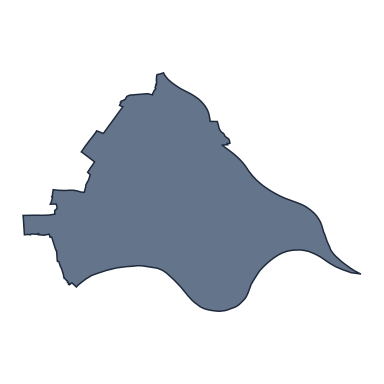 outline of Lingewaard, Gelderland, Netherlands
{"feature_id": "6326949B2884966550009", "entity_name": "Lingewaard", "entity_type": "district", "adm_level": 2, "iso_a3": "NLD", "parent_name": "Netherlands", "parent_adm1": "Gelderland", "projection": "equal_earth", "projection_center": [5.93, 51.907], "detail": "fine", "context": "isolated", "style": "filled", "palette": "slate", "viewbox_px": 384, "rotation_deg": 0, "n_neighbors": 0, "source": "geoboundaries", "source_scale": "gbopen_adm2", "svg_char_len": 5592}
<svg xmlns="http://www.w3.org/2000/svg" viewBox="0 0 384 384"><path d="M96.3,131.4L96.5,131.5L92.8,136.3L90.8,138.9L88.7,141.5L87.7,143.0L85.2,146.2L81.3,151.9L81.7,152.1L85.1,154.6L94.6,161.9L92.5,165.0L90.1,168.4L89.3,169.7L87.6,172.3L90.3,174.8L90.0,175.5L89.8,176.1L89.4,177.2L88.7,179.6L87.1,182.5L85.8,185.0L85.7,185.6L85.8,186.6L84.9,189.7L84.9,190.1L84.3,192.3L80.6,192.0L80.3,191.9L78.9,191.4L77.4,191.0L76.2,190.7L75.6,190.7L74.6,190.4L73.5,190.3L72.4,190.3L69.6,190.2L69.0,190.2L68.0,190.4L66.2,190.4L65.1,190.5L62.0,190.4L60.3,190.3L59.2,190.4L57.0,190.1L53.2,189.7L52.2,196.3L52.3,196.5L52.0,196.5L51.9,196.6L52.1,196.7L52.1,196.9L51.8,196.9L51.8,197.0L52.0,197.1L52.3,197.2L52.2,198.6L52.1,199.2L51.9,199.8L51.7,200.6L51.2,202.1L50.7,203.4L50.3,204.2L56.1,204.0L56.1,204.3L56.5,205.2L57.0,206.9L56.9,208.7L54.8,210.5L54.7,210.7L54.8,213.0L54.9,214.1L53.7,214.3L48.7,215.1L47.8,215.1L42.6,215.3L35.5,215.2L25.1,215.4L23.0,215.4L23.0,215.5L23.3,217.5L23.5,220.4L23.7,223.9L24.4,234.8L24.6,234.8L26.1,234.6L27.5,234.5L27.3,234.4L30.5,234.8L30.9,234.2L31.7,233.9L32.5,234.0L36.6,234.3L38.3,233.5L38.5,233.6L38.4,233.8L38.7,233.9L38.4,234.7L42.3,235.1L43.8,235.1L44.3,235.1L45.1,235.1L45.4,235.0L45.5,234.9L49.1,234.2L50.1,237.3L51.5,237.0L52.0,238.1L53.4,242.6L54.0,244.5L54.5,246.0L55.4,248.8L56.0,250.2L56.1,250.6L56.2,250.8L56.4,250.7L56.7,251.7L56.8,252.4L56.8,253.2L56.8,253.4L56.7,253.4L56.8,253.8L57.2,260.1L57.3,261.1L57.4,261.3L57.8,261.4L58.8,261.6L59.7,264.4L60.1,265.7L60.3,266.2L61.3,268.2L61.6,268.9L62.6,271.9L63.1,273.7L63.5,274.9L63.5,275.2L63.6,276.4L63.7,276.8L63.9,277.5L64.1,277.9L64.2,278.2L64.4,278.0L65.5,279.3L66.7,280.7L66.9,280.7L67.1,280.8L67.5,281.2L67.7,281.4L67.4,282.1L67.4,282.3L67.7,282.5L68.3,283.1L68.7,283.3L69.5,283.5L69.6,284.0L69.4,284.2L68.8,284.5L69.2,284.8L70.2,284.2L71.2,283.3L71.4,283.1L72.0,282.9L73.3,284.1L74.5,285.2L76.3,287.0L77.6,285.6L79.3,284.1L84.0,280.4L86.3,278.7L89.3,276.9L91.1,275.8L92.8,275.0L98.8,272.9L106.4,270.4L116.2,268.0L117.4,267.8L125.8,266.7L132.6,266.2L137.5,265.7L142.1,265.8L157.4,268.2L162.3,270.2L166.5,273.0L174.2,280.1L180.8,287.0L188.5,296.4L190.1,298.1L191.4,299.6L192.9,301.0L194.4,302.4L196.7,304.1L200.0,306.6L203.3,308.3L205.5,309.1L207.5,309.6L208.7,309.9L210.2,310.2L212.5,310.6L215.0,310.9L218.2,311.2L220.3,311.2L222.6,310.9L224.4,310.7L225.5,310.5L227.8,309.8L235.3,307.0L235.9,306.7L237.4,305.8L238.7,304.9L241.1,302.7L244.6,299.1L245.5,297.9L246.0,297.1L246.3,296.6L248.1,292.8L251.1,284.5L251.8,283.3L252.8,281.5L253.6,280.2L258.4,272.7L259.8,270.7L260.2,270.2L263.4,266.8L265.2,265.1L267.0,263.4L269.5,261.2L273.4,258.2L277.9,255.2L281.9,253.1L285.5,251.8L286.9,251.3L289.2,250.8L292.3,250.3L294.9,250.1L300.1,249.9L304.4,250.5L308.6,251.4L313.1,253.2L315.3,254.2L317.5,255.3L321.0,257.3L327.5,261.8L330.4,263.7L333.9,265.7L336.1,266.9L341.9,269.4L351.2,272.7L358.0,273.6L359.5,273.8L361.0,274.1L359.7,273.5L355.0,271.0L352.7,269.6L349.7,267.6L344.7,264.0L340.4,260.6L339.1,259.3L336.4,256.9L334.3,254.8L333.5,253.8L332.9,253.1L330.9,250.2L330.7,249.8L330.0,248.2L329.5,246.5L328.9,245.4L327.0,241.2L326.6,239.9L326.3,239.1L325.9,237.8L325.1,235.6L324.9,234.9L323.7,232.1L321.7,225.3L320.6,222.4L319.7,220.7L318.3,218.4L316.5,215.8L315.9,215.1L315.3,214.5L314.4,213.4L313.6,212.7L312.5,211.7L310.2,209.8L308.6,208.6L306.2,207.0L304.3,205.8L302.8,205.1L301.4,204.4L300.4,204.0L297.7,202.9L287.3,199.1L285.1,198.3L283.1,197.4L281.0,196.5L277.9,194.9L275.6,193.7L273.3,192.4L271.1,191.1L268.1,189.2L265.9,187.7L263.9,186.3L262.7,185.4L260.6,183.7L258.8,182.1L256.8,180.4L256.0,179.6L254.4,177.8L252.4,175.7L250.7,173.5L248.9,171.3L246.0,166.9L244.5,164.9L242.7,162.6L240.2,159.9L237.5,157.2L235.3,155.3L233.7,153.9L231.9,152.5L230.1,151.1L225.2,147.5L222.4,145.2L224.4,144.9L225.7,144.8L226.0,144.8L227.5,144.7L227.1,144.2L227.0,143.8L227.0,143.4L228.5,143.6L229.4,143.4L229.7,143.4L229.9,143.3L229.9,143.2L230.0,143.0L229.6,141.5L229.5,141.0L229.4,140.5L229.2,140.2L229.0,139.5L228.7,139.2L228.5,138.9L227.8,138.2L226.5,137.5L225.3,136.4L224.8,135.9L224.6,135.5L224.5,135.2L224.3,134.6L224.0,134.2L223.7,133.7L223.4,133.3L223.2,133.2L221.8,132.4L221.4,132.0L220.9,131.5L220.3,130.6L219.8,129.8L219.2,128.6L219.1,128.4L218.7,126.7L218.6,126.0L217.3,121.5L210.2,121.4L210.0,119.9L209.3,116.0L209.1,115.0L208.8,113.7L208.3,112.2L207.5,110.2L207.0,109.2L206.1,107.7L205.5,106.6L204.8,105.7L202.6,103.0L200.9,101.2L198.5,99.0L196.0,97.2L193.8,95.7L192.2,94.7L189.0,92.9L182.8,89.8L180.4,88.5L176.8,86.2L174.7,84.7L171.9,82.7L169.9,81.0L168.0,79.3L167.4,78.6L166.6,77.6L165.2,75.8L164.4,74.6L163.5,72.8L159.4,74.2L158.5,74.2L157.7,74.4L156.8,74.9L156.7,75.5L156.6,76.8L156.5,77.1L156.5,78.1L156.4,78.8L156.4,79.4L156.7,79.8L156.4,80.2L156.3,80.7L156.4,81.4L156.7,82.1L156.7,82.3L156.5,83.4L156.2,83.5L156.2,84.2L156.3,84.4L156.1,84.6L155.8,84.8L155.7,84.9L155.6,85.1L155.8,85.3L156.1,85.3L155.4,86.7L155.2,87.3L155.1,87.6L155.1,87.8L155.2,88.0L155.4,88.2L155.7,88.6L155.0,89.8L154.8,89.8L154.7,89.9L154.1,90.8L153.8,91.1L153.6,91.8L153.3,92.5L152.7,93.4L152.6,94.6L152.5,94.9L147.8,93.7L147.2,93.7L143.4,94.0L130.1,95.1L129.8,95.1L129.3,95.3L128.9,95.5L127.0,96.3L126.8,96.5L126.6,96.8L125.7,98.4L125.6,98.6L125.5,98.9L125.3,99.2L124.9,99.5L124.3,99.8L121.9,101.0L121.8,100.9L121.4,101.1L121.5,101.2L121.3,101.3L120.3,102.4L120.5,102.7L120.8,102.8L120.6,103.3L120.4,103.7L119.5,105.4L122.8,106.8L121.2,109.0L117.4,114.1L112.5,120.9L110.8,123.2L108.3,126.6L104.3,132.2L103.3,133.4L101.5,132.8L101.4,132.7L98.2,131.4L96.7,130.8L96.3,131.4Z" fill="#64748b" stroke="#1e293b" stroke-width="1.5"/></svg>